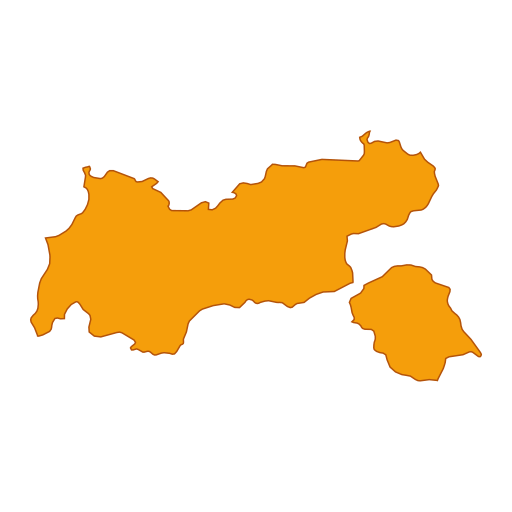 map outline of Tirol (Mercator projection)
{"feature_id": "AUT-2329", "entity_name": "Tirol", "entity_type": "State", "adm_level": 1, "iso_a3": "AUT", "parent_name": "Austria", "parent_adm1": "", "projection": "mercator", "projection_center": [11.6, 47.192], "detail": "fine", "context": "isolated", "style": "filled", "palette": "amber", "viewbox_px": 512, "rotation_deg": 0, "n_neighbors": 0, "source": "natural_earth", "source_scale": "10m", "svg_char_len": 5148}
<svg xmlns="http://www.w3.org/2000/svg" viewBox="0 0 512 512"><path d="M38.7,336.1L37.6,336.0L37.5,335.3L34.6,327.8L31.1,322.0L30.7,319.7L31.2,317.8L33.3,315.2L35.2,313.5L36.9,311.1L37.9,308.3L38.3,304.3L38.2,301.8L37.7,298.6L37.6,295.8L37.9,292.2L39.7,283.0L41.3,278.7L47.4,269.4L49.7,263.7L50.0,257.3L49.9,255.0L48.0,244.6L45.5,238.0L55.6,236.7L59.0,235.4L66.0,231.1L69.1,228.3L71.9,224.5L75.4,217.4L76.3,216.0L78.0,214.9L81.3,213.7L82.6,212.8L85.2,209.3L87.5,204.6L88.9,199.4L88.9,194.4L88.3,191.6L87.4,189.5L86.1,188.0L83.9,186.8L85.4,177.5L85.6,175.4L84.6,172.8L83.2,170.2L83.0,168.2L85.4,167.3L88.0,166.8L89.2,166.3L89.7,166.8L90.4,168.9L90.2,169.8L89.5,171.0L88.9,172.4L89.2,174.4L90.0,175.5L91.3,176.4L93.7,177.5L100.4,178.6L102.3,178.2L104.3,176.6L107.4,172.2L109.6,170.7L113.4,170.7L134.1,178.6L134.8,179.3L135.3,180.5L136.1,181.6L137.4,182.0L142.1,181.5L148.4,178.5L150.6,177.9L152.8,178.1L154.5,179.0L158.1,181.7L156.7,183.3L151.7,186.8L152.7,188.6L160.8,192.4L168.7,200.9L169.1,201.9L169.2,203.5L168.8,205.1L168.3,206.1L168.0,206.2L169.6,209.3L171.7,210.6L188.1,210.8L191.2,209.9L201.4,202.8L205.4,201.7L208.8,203.1L208.4,209.4L212.2,209.8L215.6,208.2L217.8,205.8L219.9,203.0L223.0,200.2L225.9,199.3L232.7,199.1L235.2,198.0L236.6,195.7L236.0,194.0L234.3,192.8L232.3,192.3L239.7,183.8L243.3,182.9L247.2,183.5L250.7,184.6L258.1,183.4L261.5,182.0L264.4,178.8L265.2,176.7L266.4,171.3L267.5,168.8L271.8,165.0L272.4,164.3L275.3,164.4L282.1,165.8L294.9,165.9L303.8,167.7L305.4,167.1L307.0,163.2L308.7,162.1L321.9,159.4L358.0,161.0L359.2,160.7L363.7,155.0L364.3,153.5L364.4,151.3L364.2,145.1L363.7,143.8L362.9,143.3L361.6,142.0L360.5,140.5L360.0,139.2L359.7,137.3L362.2,136.3L365.9,133.1L367.3,132.2L369.6,131.2L370.0,131.2L369.5,132.2L369.1,134.7L368.5,136.6L367.5,138.0L367.0,139.6L367.9,142.2L369.4,143.5L371.1,143.3L374.6,141.4L378.1,141.0L387.1,142.9L389.8,142.5L396.0,140.1L398.5,140.6L399.3,141.9L400.9,146.9L401.8,148.8L403.0,150.3L407.7,154.1L409.9,155.2L413.1,155.3L416.5,154.6L418.9,153.5L420.4,152.2L424.5,159.2L427.7,162.2L433.2,166.0L434.7,167.6L435.2,168.7L435.0,169.8L434.3,171.6L434.5,173.5L435.1,176.2L438.2,184.0L438.5,185.5L438.2,186.4L437.4,188.1L436.4,190.0L433.3,193.9L431.7,196.6L428.3,203.8L427.2,205.5L426.0,207.0L424.6,208.2L423.0,209.3L421.2,210.0L413.5,210.8L411.9,211.3L410.7,211.8L409.8,213.0L408.7,215.1L407.3,219.4L405.7,221.9L403.8,223.8L401.8,224.9L398.8,226.0L393.6,226.8L391.3,226.6L389.2,226.0L385.6,224.0L383.8,223.6L381.5,224.0L376.0,227.4L358.4,233.7L353.6,233.5L351.4,234.0L347.0,236.2L347.4,240.9L345.2,250.0L344.8,253.4L344.8,257.6L345.2,260.2L346.0,262.5L346.9,264.0L349.5,266.1L350.7,267.4L352.0,270.6L352.6,272.9L353.0,281.5L352.9,282.5L350.2,283.2L334.3,291.5L323.1,292.0L316.2,294.4L309.5,298.1L304.1,302.4L297.0,303.5L295.2,304.6L292.2,307.2L290.3,307.6L287.4,306.5L282.3,302.7L279.3,302.4L278.2,302.5L277.0,302.4L276.8,302.4L276.7,302.4L268.6,300.7L264.9,301.1L260.3,302.4L258.8,303.2L257.3,303.5L255.9,303.2L254.6,302.4L253.7,301.3L252.8,300.5L251.8,299.9L249.0,299.2L247.5,299.6L246.1,300.6L244.9,302.4L239.5,307.6L234.7,307.4L229.8,305.0L224.2,303.8L213.2,305.6L202.4,309.1L199.6,310.8L189.4,321.0L188.1,323.8L186.4,331.9L183.5,338.9L183.4,339.8L183.5,342.2L183.3,343.4L182.6,344.1L180.8,344.9L180.2,345.5L176.7,351.5L174.5,353.9L172.3,354.2L169.6,353.3L164.1,352.7L161.4,353.1L156.2,354.9L154.6,355.0L153.0,354.3L150.3,352.0L148.9,351.3L147.3,351.3L144.3,352.1L142.8,352.1L138.3,349.5L136.5,348.9L133.2,349.9L131.5,349.9L130.5,347.9L131.3,346.7L134.8,343.9L135.5,342.3L134.0,340.0L122.0,332.8L119.6,332.1L116.8,332.5L100.8,336.9L94.3,336.1L89.2,332.0L88.9,327.1L90.8,319.3L90.0,315.4L88.6,313.7L83.2,309.5L79.9,304.2L78.3,302.4L77.5,301.9L76.6,301.7L75.7,301.9L71.2,304.5L67.2,309.0L64.5,314.3L64.4,318.6L60.5,318.8L57.4,318.0L54.9,318.5L52.5,322.5L51.8,325.4L51.6,327.3L51.2,329.1L49.6,331.4L42.8,334.9L38.7,336.1ZM405.7,375.2L401.9,374.6L395.5,371.9L390.1,367.1L387.1,359.8L385.8,354.8L383.1,353.1L379.9,352.6L376.6,351.4L375.1,350.3L374.2,349.4L373.8,347.8L373.9,344.9L374.3,342.2L374.9,340.6L375.3,339.0L375.3,336.2L373.8,331.1L371.3,329.4L364.7,329.2L362.6,328.4L361.6,327.3L360.8,325.8L359.0,324.0L357.2,323.1L353.5,322.5L351.9,321.8L354.2,319.5L354.2,317.4L353.1,315.2L352.1,312.7L351.1,307.3L350.4,304.7L349.4,302.4L351.1,298.4L360.6,293.1L363.9,288.5L364.0,285.4L368.3,283.1L382.3,276.7L391.6,267.6L394.3,266.4L397.5,265.9L401.2,265.9L406.7,264.9L410.9,265.0L415.4,266.5L419.6,266.9L422.6,267.6L425.4,269.1L431.5,275.0L431.9,279.4L433.2,281.3L435.3,282.9L448.8,287.5L450.1,289.3L449.9,291.7L448.0,296.5L447.6,298.2L447.3,299.9L447.3,300.8L447.4,301.9L448.0,304.2L449.0,306.1L450.6,308.2L451.9,310.8L455.1,313.7L456.7,314.9L458.6,317.1L459.9,319.5L460.6,322.6L461.0,325.7L462.1,329.3L463.7,331.6L470.9,339.3L480.4,352.5L481.3,354.3L481.2,355.0L481.0,355.5L480.7,356.1L480.3,356.6L479.7,356.7L478.4,356.5L472.8,352.3L471.2,351.7L469.3,351.9L463.0,354.7L449.0,356.8L445.7,358.5L445.2,362.5L444.4,365.2L443.3,368.5L438.1,378.7L437.4,380.5L437.1,380.4L429.3,379.6L420.2,380.8L417.9,380.6L415.3,379.4L410.4,376.1L405.7,375.2Z" fill="#f59e0b" stroke="#b45309" stroke-width="1.5"/></svg>